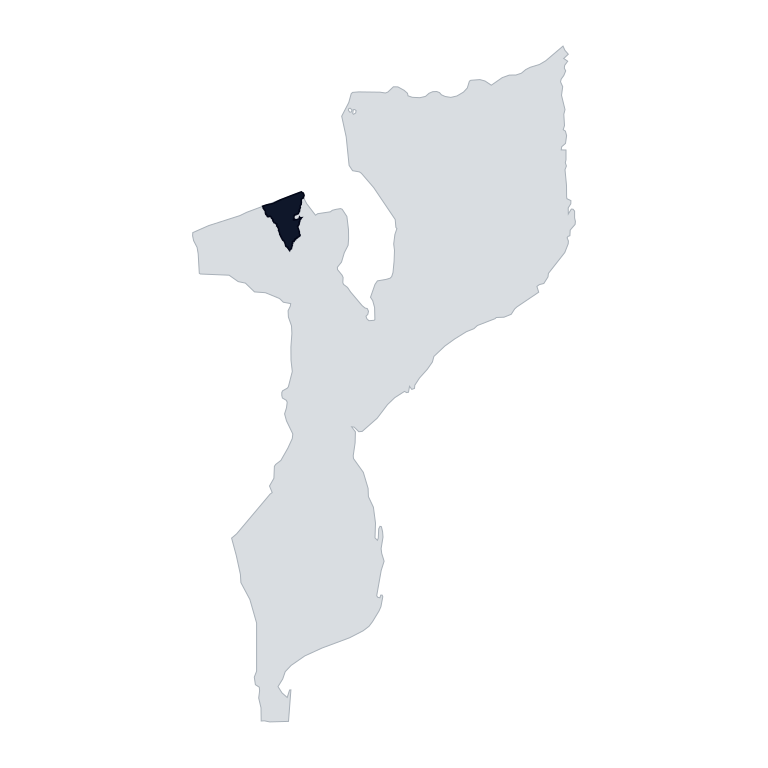 Chifunde, Tete, Mozambique shown in context
{"feature_id": "85939544B38440784035247", "entity_name": "Chifunde", "entity_type": "district", "adm_level": 2, "iso_a3": "MOZ", "parent_name": "Mozambique", "parent_adm1": "Tete", "projection": "robinson", "projection_center": [32.901, -14.712], "detail": "fine", "context": "in_parent", "style": "filled", "palette": "ink", "viewbox_px": 768, "rotation_deg": 0, "n_neighbors": 0, "source": "geoboundaries", "source_scale": "gbopen_adm2", "svg_char_len": 8774}
<svg xmlns="http://www.w3.org/2000/svg" viewBox="0 0 768 768"><path d="M231.6,538.1L236.6,533.9L270.1,494.1L272.2,492.6L269.5,486.0L273.9,478.3L274.4,466.3L275.7,464.4L280.9,460.4L287.9,448.1L292.3,438.5L292.8,433.9L286.5,420.9L284.6,413.9L286.5,407.8L287.2,402.2L286.3,400.3L282.4,398.0L281.8,395.5L281.8,392.5L282.6,390.8L287.4,388.1L288.4,386.7L292.3,371.5L291.0,360.1L290.9,347.0L291.9,333.5L291.5,325.8L288.4,317.0L288.1,310.7L290.3,306.2L290.7,303.6L283.3,302.2L279.5,298.5L265.4,292.7L254.5,291.9L245.4,283.1L238.2,281.6L229.1,275.2L200.4,274.0L199.3,273.3L198.2,253.9L197.1,247.4L193.6,240.6L192.6,235.8L192.8,232.6L208.7,225.6L239.9,215.6L246.7,212.3L299.9,192.4L301.4,193.6L306.7,203.7L315.5,215.2L317.7,213.7L330.4,211.8L332.3,210.3L336.2,209.3L340.6,208.6L342.2,209.3L346.9,216.5L348.5,229.8L348.6,238.8L348.1,245.3L344.3,252.7L341.5,262.1L337.4,267.2L337.5,269.6L342.1,275.2L343.1,277.5L342.8,282.5L343.5,284.4L347.5,287.4L350.6,292.0L362.1,305.6L365.0,308.0L367.3,308.6L368.5,311.3L367.8,314.4L366.0,316.2L366.8,318.7L368.9,320.7L374.2,320.3L374.9,319.5L374.6,307.5L372.7,300.6L370.5,297.3L375.0,284.4L377.4,280.9L386.1,279.4L390.1,278.2L391.7,276.6L393.0,272.5L394.1,261.1L394.5,250.3L393.7,244.0L394.9,234.5L396.9,228.6L395.9,227.4L395.2,219.5L373.7,187.6L361.4,173.3L359.4,171.9L352.6,170.7L349.1,165.4L346.2,136.9L341.7,116.2L348.8,102.5L351.2,93.7L352.6,92.4L358.7,91.9L380.1,92.2L385.4,93.0L387.8,92.1L393.4,86.8L397.9,86.9L404.1,90.3L407.5,93.3L408.0,95.8L412.2,97.3L419.9,97.7L425.5,96.4L429.0,93.3L432.7,91.7L436.6,91.5L439.5,92.6L441.4,94.8L445.2,96.5L450.8,97.4L456.9,96.0L463.5,92.1L467.3,88.0L469.4,81.2L470.7,80.3L479.9,79.6L485.0,81.0L491.3,85.2L502.3,77.6L509.3,75.1L516.0,75.0L521.4,73.2L525.7,69.6L530.2,67.3L539.4,64.5L545.7,60.8L563.0,46.1L564.9,50.3L568.3,54.2L563.7,58.5L567.7,61.2L564.7,65.3L564.3,68.1L565.7,70.9L563.8,75.5L561.2,79.1L560.5,81.8L562.7,86.7L561.5,95.3L565.0,109.6L563.8,114.3L564.5,125.6L563.2,129.7L565.4,131.1L566.6,135.6L565.5,143.4L561.7,146.7L561.2,149.9L566.0,150.0L566.0,159.8L565.3,162.7L566.4,166.0L565.0,169.7L566.5,185.4L566.6,196.9L566.9,198.7L570.9,200.6L570.8,203.8L568.2,207.9L568.3,214.0L571.3,209.1L573.0,209.2L574.6,211.1L574.6,218.0L575.4,221.4L575.1,224.4L570.2,230.1L569.9,235.7L568.0,236.4L567.1,237.8L568.4,241.0L568.2,243.8L564.8,252.5L548.4,273.4L548.0,276.9L543.8,283.5L539.4,284.6L536.9,286.4L538.7,292.2L516.9,306.9L514.7,308.9L511.2,314.3L504.0,317.2L496.3,317.5L495.0,318.7L477.4,325.5L473.9,328.7L466.4,331.7L454.6,339.0L444.9,346.0L433.9,356.4L432.4,362.0L427.3,369.3L419.5,378.0L414.8,385.2L414.5,388.4L411.8,389.4L409.5,386.3L408.5,392.2L406.6,392.6L404.5,391.4L394.8,397.6L387.5,404.6L377.2,418.2L362.2,431.4L358.8,431.7L354.1,427.1L351.6,426.8L355.4,431.8L355.1,442.9L353.2,455.8L353.5,458.6L363.3,472.3L368.1,488.4L368.4,496.6L373.4,507.2L375.5,523.1L375.0,537.9L377.4,540.3L378.3,538.1L378.7,528.9L380.0,526.3L381.4,526.7L382.6,531.8L383.0,537.1L381.1,548.6L381.7,553.4L384.1,561.2L381.2,570.4L376.7,595.7L377.7,597.3L379.9,597.8L380.8,595.1L382.1,595.1L382.8,596.7L380.9,606.7L379.0,611.0L372.5,621.7L369.0,626.3L363.1,630.8L349.5,637.8L322.1,648.0L304.8,655.9L291.1,665.4L285.2,671.7L282.7,679.0L278.0,686.6L282.0,692.9L287.2,697.5L289.6,690.0L290.9,689.9L288.5,721.4L269.7,721.9L264.3,720.8L261.2,721.0L261.0,707.8L258.7,698.0L259.6,690.9L259.3,687.2L255.4,684.7L254.3,677.1L256.6,671.2L256.6,623.0L249.9,599.5L240.9,582.6L240.4,574.3L236.3,555.5L231.6,538.1ZM353.5,114.3L355.7,113.0L356.1,110.6L354.6,109.5L353.3,109.7L352.7,113.5L353.5,114.3ZM352.0,109.9L350.1,108.2L348.8,108.6L348.3,110.1L349.7,112.1L351.2,112.1L352.0,109.9Z" fill="#d9dde1" stroke="#a8b0b8" stroke-width="1"/><path d="M303.4,197.9L303.3,197.7L303.2,197.5L303.5,197.1L303.8,196.7L303.7,196.5L303.6,196.3L303.7,196.0L304.1,195.5L304.1,195.0L303.5,194.1L303.6,193.8L303.4,193.2L303.0,193.1L302.9,192.8L302.2,192.8L301.9,192.5L301.8,192.1L301.4,191.8L292.6,195.1L280.3,199.9L277.3,201.3L272.7,203.6L270.1,204.1L266.5,204.9L262.6,206.2L262.7,206.4L262.8,206.6L263.0,206.6L263.0,206.9L263.3,207.0L263.2,207.5L263.4,207.5L263.5,207.7L263.3,207.9L263.3,208.1L263.3,208.3L263.5,208.4L263.5,208.6L263.8,208.9L263.9,209.2L264.1,209.5L264.3,209.7L264.5,210.1L264.9,210.1L265.1,210.3L265.2,210.5L265.2,210.9L265.3,211.1L265.4,211.3L265.3,211.8L265.3,212.0L265.4,212.3L265.5,212.5L265.4,212.8L265.5,213.2L265.5,213.5L265.6,213.8L265.9,213.7L266.1,213.9L266.1,214.2L266.2,214.4L266.1,214.6L266.4,214.7L266.9,215.5L267.0,215.2L267.1,215.3L267.2,215.9L267.3,216.0L267.3,216.5L267.7,216.7L267.9,216.8L268.3,216.8L268.5,216.7L268.8,216.7L269.1,216.3L269.5,216.2L269.7,216.3L269.9,216.5L270.0,216.5L270.3,216.5L270.4,216.3L270.6,216.4L270.8,216.7L270.9,216.8L271.2,217.1L271.2,217.4L271.3,217.6L271.3,217.9L271.6,218.3L272.0,218.4L272.1,218.6L272.3,218.6L272.3,218.8L272.6,219.1L272.6,219.3L272.8,219.6L272.7,219.9L272.8,220.0L273.1,220.1L272.9,220.5L272.9,220.8L273.0,221.1L273.3,221.2L274.1,222.8L274.4,222.8L274.8,223.0L275.3,222.9L275.4,223.1L275.5,223.3L275.9,223.9L276.2,224.0L276.5,223.9L276.8,223.9L276.9,224.0L276.7,224.3L276.8,225.1L276.8,225.7L276.7,225.9L276.9,226.0L277.0,226.2L277.5,226.8L277.9,226.9L277.9,227.1L277.8,227.5L277.9,227.8L278.3,228.0L278.6,228.3L278.7,228.5L278.6,229.0L278.6,229.4L278.8,229.6L278.6,229.9L278.6,230.0L278.6,230.3L278.5,230.5L278.8,230.9L278.9,231.2L279.3,231.7L279.2,231.9L279.4,232.4L279.4,232.6L279.6,233.1L279.7,233.5L279.7,234.0L279.7,234.4L280.2,235.1L280.4,235.6L280.7,235.9L280.8,236.1L280.7,236.3L280.9,236.7L281.1,237.0L281.4,237.8L281.6,238.1L281.9,238.3L282.0,238.5L282.3,239.5L282.8,240.0L282.9,240.3L283.0,240.3L283.5,240.4L283.6,240.5L283.8,240.9L284.1,241.2L284.2,241.5L284.3,241.8L284.7,242.3L284.8,242.5L284.9,242.8L284.9,243.1L285.1,243.4L285.1,243.6L285.3,244.1L285.6,245.6L285.8,245.9L285.9,246.4L286.4,246.6L286.5,246.7L286.6,246.9L286.8,247.0L287.3,247.1L287.7,247.2L287.6,247.5L287.8,247.7L287.9,248.3L288.0,248.4L288.3,248.6L288.7,249.2L288.8,249.5L289.0,249.6L289.0,249.8L289.3,250.1L289.6,250.5L289.7,250.0L289.8,249.9L290.0,249.9L290.1,249.6L290.7,249.2L290.7,248.9L290.8,248.7L291.1,248.6L291.1,248.3L291.4,248.1L291.5,248.2L291.6,247.5L291.7,247.2L291.7,246.9L291.8,246.8L291.7,246.5L291.8,246.3L292.0,245.9L292.3,245.7L291.9,244.9L291.8,244.6L291.9,244.3L292.2,244.0L292.2,243.9L292.2,243.7L292.3,243.6L292.6,243.8L292.7,243.7L292.5,243.2L292.7,242.8L292.6,242.6L292.4,242.4L292.5,242.2L292.6,241.9L292.5,241.7L292.8,241.5L292.9,241.3L293.0,241.2L293.3,241.5L293.7,241.3L294.0,241.5L294.1,241.4L294.0,240.9L294.4,240.6L294.5,240.4L294.6,240.0L294.9,239.9L294.6,239.7L294.6,239.3L295.0,239.0L295.2,238.9L295.3,238.7L295.5,238.8L295.8,238.7L296.0,238.8L296.2,238.7L296.3,238.5L296.4,238.2L296.5,238.1L296.7,237.9L297.0,237.9L296.9,237.7L297.0,237.4L297.4,237.5L297.6,237.5L297.8,237.2L298.2,237.1L298.5,236.9L299.0,236.6L299.0,236.4L299.4,236.1L299.8,236.0L299.9,235.8L299.8,235.7L300.0,235.6L300.1,235.4L300.1,235.2L299.9,234.9L300.0,234.7L299.6,234.3L299.5,234.0L299.5,233.8L299.3,233.5L299.4,231.9L297.5,226.3L297.7,226.2L297.8,226.1L298.0,226.1L298.0,225.9L298.2,225.6L298.3,225.5L298.4,225.4L298.4,225.2L298.8,225.0L298.9,224.7L299.1,224.4L299.1,224.2L299.2,223.5L299.3,223.3L299.2,222.8L299.0,222.4L298.9,222.3L298.9,222.2L299.0,222.2L299.4,222.3L299.5,222.2L299.6,221.8L299.7,221.7L299.8,220.9L299.8,220.6L299.8,220.4L300.2,219.7L300.4,219.4L300.5,219.3L300.8,219.1L300.9,218.9L301.1,218.5L301.3,218.2L301.4,217.9L301.6,217.7L300.6,217.8L300.3,217.6L300.1,217.7L299.9,217.6L299.7,217.4L299.5,217.0L299.4,217.2L299.3,217.7L299.3,218.2L299.3,218.7L299.2,218.9L298.6,219.0L298.3,219.1L298.2,219.1L297.8,219.2L297.7,219.4L297.1,219.6L296.9,219.7L296.6,219.7L296.2,219.7L295.9,219.5L295.7,219.5L295.4,219.6L295.3,219.8L295.1,219.9L294.9,219.9L294.8,220.0L294.5,219.9L293.9,220.1L293.7,219.9L293.7,219.7L293.5,219.8L293.3,219.7L293.4,219.2L293.6,219.1L293.8,218.9L294.0,218.8L294.1,218.7L293.9,218.5L293.8,218.4L293.8,218.0L293.9,217.9L293.8,217.7L293.9,217.4L293.8,216.9L294.0,216.4L294.1,216.2L294.0,215.8L294.1,215.7L294.4,215.6L294.6,215.4L294.6,215.1L294.6,214.9L294.6,214.7L294.8,214.7L294.9,214.9L295.1,214.8L295.8,214.8L296.0,214.8L296.2,214.3L296.3,214.1L296.7,213.9L296.8,213.8L297.0,213.7L297.2,213.8L297.4,214.0L297.6,214.1L297.8,213.9L298.1,213.8L298.2,213.6L298.4,213.5L298.4,213.3L298.5,212.9L298.5,212.6L298.6,212.4L298.8,212.0L298.9,211.8L298.9,211.2L299.0,211.1L299.4,211.0L299.5,211.1L299.6,210.5L299.4,210.3L299.2,209.8L299.4,209.6L299.5,209.2L299.8,209.1L299.9,208.9L300.0,208.5L299.9,208.2L300.0,208.1L300.3,207.8L300.4,207.5L300.3,207.2L300.1,206.3L300.1,206.1L300.4,205.4L301.1,204.6L301.2,204.4L301.2,203.7L301.4,202.5L301.3,200.4L301.3,199.6L301.3,199.1L303.4,197.9Z" fill="#0f172a" stroke="#020617" stroke-width="1.5"/></svg>